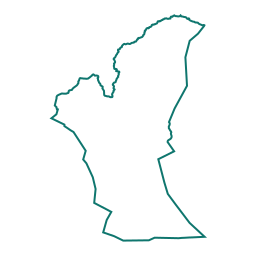 the district of Altanco'gc, Bayan-Ölgiy, Mongolia
{"feature_id": "93677404B16075742501612", "entity_name": "Altanco'gc", "entity_type": "district", "adm_level": 2, "iso_a3": "MNG", "parent_name": "Mongolia", "parent_adm1": "Bayan-Ölgiy", "projection": "equal_earth", "projection_center": [90.479, 48.976], "detail": "fine", "context": "isolated", "style": "outline", "palette": "teal", "viewbox_px": 256, "rotation_deg": 0, "n_neighbors": 0, "source": "geoboundaries", "source_scale": "gbopen_adm2", "svg_char_len": 5484}
<svg xmlns="http://www.w3.org/2000/svg" viewBox="0 0 256 256"><path d="M204.4,25.3L204.1,25.1L203.9,25.0L203.6,25.0L202.8,25.2L202.4,25.2L202.1,25.2L200.4,24.4L199.6,24.2L198.6,23.5L198.1,22.9L197.8,22.7L197.4,22.7L196.8,22.5L195.6,22.5L194.7,22.2L194.4,21.8L193.0,21.6L191.9,21.2L191.3,21.0L189.8,20.2L189.0,19.5L188.8,19.3L188.8,19.2L189.1,18.7L188.8,18.4L188.5,18.4L188.3,18.5L187.9,18.8L187.5,18.9L187.3,18.8L187.0,18.6L186.7,18.2L186.4,17.7L185.7,17.2L183.8,16.9L182.9,16.6L182.2,16.5L181.5,16.4L181.2,16.4L181.0,16.2L180.8,15.6L180.6,15.4L180.3,15.8L179.5,16.2L178.8,16.4L178.0,16.4L177.4,16.3L176.1,16.1L175.6,16.1L175.1,16.0L174.8,15.8L174.4,15.4L173.3,15.8L173.1,16.1L172.8,16.3L172.6,16.6L172.3,16.8L171.6,16.6L171.2,16.6L170.9,16.8L170.5,17.7L170.4,18.5L170.1,18.6L169.7,18.6L169.3,18.5L168.7,18.8L168.1,18.8L167.5,18.8L167.1,18.7L166.6,18.4L166.3,18.3L166.0,18.3L165.6,18.5L165.2,18.6L164.7,18.5L164.3,18.7L163.9,19.2L163.1,19.3L162.8,19.5L162.5,20.0L162.0,20.1L161.6,20.1L161.0,20.7L160.6,21.0L160.2,20.9L159.8,21.0L159.7,21.2L159.6,21.4L159.2,21.4L158.7,21.3L158.2,21.2L158.0,21.3L157.7,21.5L157.6,21.8L157.6,22.2L157.4,22.5L157.2,22.9L156.9,23.4L156.2,23.6L155.5,24.1L155.0,24.1L154.5,24.2L153.8,24.7L153.2,24.5L152.9,24.5L152.6,24.8L152.0,24.9L151.7,25.2L151.6,25.7L151.4,26.3L150.8,26.7L150.6,26.9L150.2,27.0L149.4,27.1L149.2,27.3L149.0,27.6L149.0,27.9L148.3,28.3L148.1,28.2L147.8,28.0L147.5,28.0L146.5,28.5L146.3,28.9L146.2,29.3L145.9,29.7L145.8,30.0L145.2,30.3L144.8,30.8L144.7,31.2L145.0,31.7L144.7,32.0L144.4,32.6L144.4,33.8L143.9,34.6L143.3,35.0L143.2,35.7L142.8,36.0L142.6,36.5L142.1,37.0L138.8,38.2L138.5,38.0L137.9,38.4L137.7,38.7L137.9,39.1L137.7,39.4L137.0,39.8L136.6,40.5L136.3,41.0L136.0,41.5L135.4,41.7L134.6,41.7L134.4,41.8L134.2,42.0L134.1,42.4L133.7,42.6L132.4,42.8L131.7,42.9L130.8,43.5L130.6,43.7L130.2,43.9L129.4,44.0L129.0,43.9L128.4,43.7L127.6,43.6L127.2,43.7L126.0,44.2L125.5,44.3L124.5,43.9L124.0,44.0L123.8,44.1L122.9,44.9L122.4,45.4L122.2,45.6L122.0,46.0L121.9,46.9L121.5,47.3L120.9,47.4L120.1,48.1L120.0,48.6L119.9,48.9L119.6,49.3L119.3,49.4L118.7,49.4L118.1,49.6L118.0,50.1L118.0,50.6L118.1,51.0L118.4,51.4L118.6,51.7L118.4,52.1L118.2,52.4L117.7,52.8L117.4,53.1L117.2,53.5L117.0,54.2L116.3,54.9L115.9,55.8L115.6,56.3L115.3,57.1L114.9,57.6L114.3,58.0L113.8,58.5L113.7,58.8L113.7,59.2L114.1,59.5L114.3,59.9L114.4,60.3L114.7,60.8L115.1,61.8L115.1,62.1L115.0,62.5L114.8,62.8L114.5,63.0L114.2,63.3L114.0,63.6L114.1,64.3L114.2,65.0L113.9,65.5L113.8,66.0L114.2,67.6L114.2,68.0L114.2,68.3L114.3,68.7L114.6,68.9L115.0,69.0L116.0,69.0L116.5,69.1L116.7,69.4L116.8,69.7L116.6,70.0L116.3,70.4L116.2,70.8L116.2,71.1L116.6,71.2L117.3,71.1L117.6,71.2L118.1,71.6L118.7,71.5L119.1,71.6L119.3,71.9L119.3,72.3L118.7,72.9L118.6,73.2L118.6,73.5L118.8,73.8L118.8,74.2L118.6,74.9L118.0,76.1L118.2,76.8L117.9,77.0L117.7,77.4L117.5,77.6L117.2,78.2L116.7,78.7L116.7,79.0L116.5,79.3L116.3,80.1L116.0,80.6L115.9,81.0L115.7,81.8L115.5,82.2L114.5,82.5L114.1,82.6L113.2,83.6L113.2,83.9L112.8,84.5L112.8,84.8L112.9,85.0L113.3,85.5L113.6,85.7L113.9,86.1L114.0,86.7L113.7,87.6L113.5,87.9L113.5,88.2L113.6,88.5L113.9,88.8L114.3,89.1L114.6,89.4L114.5,89.7L114.2,90.0L113.6,90.6L113.5,90.9L113.6,91.7L113.1,92.3L112.5,93.3L112.5,93.6L112.2,93.9L112.1,94.1L112.1,94.8L112.2,95.1L112.5,96.0L112.4,96.8L112.1,97.1L110.6,97.2L110.3,97.1L109.9,97.0L109.6,96.7L108.2,96.3L107.8,96.3L107.4,96.4L106.6,96.2L106.4,96.1L104.8,95.7L104.5,95.4L104.2,94.9L104.1,93.6L104.1,92.6L104.0,91.4L103.9,90.6L103.6,90.3L103.3,89.8L103.0,89.2L102.7,88.9L102.4,88.3L102.6,87.4L102.7,86.9L102.6,86.6L101.5,85.9L100.6,85.4L100.4,85.0L100.4,84.7L100.4,84.2L100.1,83.6L99.7,83.2L99.1,82.7L98.9,82.1L98.8,81.6L98.7,81.2L98.2,80.7L98.1,80.2L98.0,79.3L97.9,78.8L97.6,78.1L97.9,77.7L98.2,77.6L98.3,77.3L98.3,76.6L98.2,76.2L97.8,75.8L97.5,75.7L96.8,75.6L96.3,75.5L95.5,75.6L94.8,75.6L93.9,74.7L93.2,74.4L92.6,74.8L92.4,74.9L92.2,75.1L92.1,75.3L91.6,75.9L91.0,76.3L90.5,76.7L90.0,77.2L88.0,78.6L87.3,78.7L87.0,78.7L86.4,78.8L85.8,78.7L85.4,78.7L85.0,78.6L83.7,78.6L82.6,78.4L81.2,78.3L80.9,78.2L80.4,78.1L80.0,78.2L79.7,78.4L79.6,78.7L79.2,79.7L79.1,80.3L78.8,80.9L78.6,81.0L78.4,81.3L78.3,81.5L78.3,82.0L78.4,82.5L78.3,83.4L78.2,83.5L77.9,83.7L77.8,83.8L77.6,84.4L77.4,84.7L76.7,85.5L75.6,86.3L73.7,87.7L73.5,87.9L73.1,88.2L72.7,88.7L72.3,89.1L72.2,89.5L71.9,89.9L71.6,90.0L71.3,90.0L70.9,90.1L70.5,90.2L69.7,90.3L69.1,90.6L68.6,91.3L68.7,91.9L68.6,92.1L68.4,92.8L68.2,93.0L67.4,93.2L66.5,93.5L66.0,93.7L64.7,93.7L64.3,93.7L63.1,93.6L62.1,93.5L61.7,93.6L61.4,93.6L60.5,94.1L59.3,94.5L58.5,95.0L57.6,95.4L57.3,95.6L56.7,96.5L56.5,97.3L56.6,97.5L56.6,98.1L54.8,105.5L56.5,107.2L56.5,107.9L56.8,108.4L56.8,109.0L57.0,109.5L57.8,109.5L56.4,114.3L51.4,118.3L64.4,124.6L64.4,126.1L67.3,128.0L70.6,130.3L73.5,132.0L85.7,150.8L83.2,159.5L86.4,163.3L92.8,177.3L95.6,189.0L94.2,202.9L111.3,211.9L106.7,220.0L103.2,232.4L114.2,236.2L123.2,240.6L148.9,240.3L154.6,237.7L178.7,238.2L181.8,237.9L184.2,237.8L189.2,237.5L192.2,237.4L204.6,236.8L189.6,222.9L175.8,204.7L167.8,193.9L164.4,182.6L158.3,159.2L174.1,151.3L167.6,142.0L167.7,141.2L167.9,140.7L168.4,140.2L169.2,139.7L170.2,139.1L170.9,138.5L171.4,137.6L171.6,137.0L171.6,136.0L171.4,135.4L171.0,134.2L170.9,133.2L171.3,132.2L170.9,131.3L170.3,130.7L169.3,128.8L168.9,128.4L168.8,126.5L169.5,125.1L169.7,124.2L169.7,123.2L169.0,122.1L174.6,108.5L187.0,85.8L185.4,57.3L189.7,40.8L198.0,33.7L204.0,26.1L204.4,25.3Z" fill="none" stroke="#0f766e" stroke-width="2"/></svg>